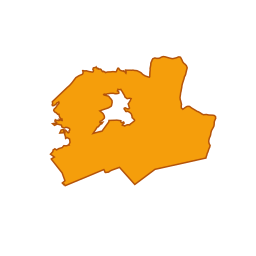 Kafr Al-Dawwar, Al Buhayrah, Egypt (Mercator projection), rotated 230°
{"feature_id": "37247803B13171530844779", "entity_name": "Kafr Al-Dawwar", "entity_type": "district", "adm_level": 2, "iso_a3": "EGY", "parent_name": "Egypt", "parent_adm1": "Al Buhayrah", "projection": "mercator", "projection_center": [30.133, 31.129], "detail": "fine", "context": "isolated", "style": "filled", "palette": "amber", "viewbox_px": 256, "rotation_deg": 230, "n_neighbors": 0, "source": "geoboundaries", "source_scale": "gbopen_adm2", "svg_char_len": 5913}
<svg xmlns="http://www.w3.org/2000/svg" viewBox="0 0 256 256"><g transform="rotate(230 128 128)"><path d="M165.1,191.6L165.0,191.3L164.8,190.9L164.6,190.0L164.0,189.3L163.6,188.2L163.0,187.2L161.7,186.0L159.4,183.2L158.2,182.3L156.8,180.8L153.3,177.6L153.2,176.9L156.7,174.7L157.5,174.4L158.7,174.0L159.6,173.7L160.9,173.6L162.0,173.5L162.8,173.2L166.0,171.8L166.7,171.2L168.1,169.8L168.7,169.4L169.3,168.8L170.1,167.6L170.4,167.4L173.0,164.3L173.8,163.5L173.3,163.3L171.6,162.1L171.3,161.6L172.3,161.6L173.5,161.9L174.6,161.5L174.7,161.1L174.5,160.9L174.8,160.7L175.9,160.0L176.3,159.6L177.3,159.1L179.0,159.1L179.5,159.3L179.9,159.2L180.3,158.8L180.2,158.3L179.7,157.2L179.2,156.3L178.7,155.2L178.8,154.8L180.5,153.1L180.9,152.7L182.2,150.7L183.4,149.2L184.2,148.1L184.8,146.5L185.2,146.6L185.6,146.2L187.1,145.8L187.2,145.0L188.0,144.9L188.6,144.7L190.1,145.0L190.9,144.7L191.0,144.4L191.5,144.1L192.1,143.3L192.7,143.5L193.3,142.6L194.1,142.9L194.8,142.7L195.2,142.8L195.1,142.4L195.5,141.6L196.1,140.6L196.3,140.1L195.9,139.4L195.5,138.8L194.3,138.6L193.5,137.6L193.6,136.7L196.6,134.2L198.6,132.9L199.6,131.5L200.3,130.9L201.0,130.4L201.1,130.2L200.4,129.9L199.8,129.5L199.2,129.1L198.7,128.4L198.5,127.5L199.6,123.9L200.1,120.4L198.7,114.3L198.2,111.1L198.1,109.3L198.1,107.6L196.8,87.5L196.8,87.0L195.4,86.1L195.0,85.9L194.7,85.1L194.5,84.8L194.1,84.6L193.7,84.5L192.8,85.5L192.9,86.3L192.6,86.8L192.6,88.9L192.9,89.4L193.0,89.9L192.5,90.8L192.5,91.7L191.8,91.5L191.2,90.8L191.1,90.0L191.0,89.6L190.9,88.8L190.9,88.3L190.2,86.7L190.2,85.9L190.0,85.6L190.0,83.8L189.9,83.6L189.8,83.3L189.4,82.5L189.2,82.4L188.4,82.2L186.7,82.3L185.8,82.9L184.7,82.9L183.6,83.0L182.9,83.9L182.2,83.4L180.2,82.6L177.8,82.6L177.3,83.2L176.1,82.4L176.8,81.7L177.3,81.5L177.5,81.5L177.9,81.3L178.1,81.3L178.9,80.9L178.0,80.1L178.2,79.7L178.7,79.4L178.9,79.2L179.1,79.1L179.5,78.6L180.2,78.0L180.5,77.7L181.0,77.6L180.6,76.8L180.3,76.5L179.8,76.3L179.7,76.3L178.3,76.9L178.0,76.9L177.9,76.7L177.8,75.7L177.9,75.4L178.2,75.1L178.4,75.1L178.6,75.0L178.7,74.8L178.9,74.6L179.8,73.0L177.2,73.4L176.6,76.1L176.0,76.7L173.0,78.8L171.3,78.0L169.1,79.0L168.9,79.2L168.7,79.8L168.7,80.1L168.6,80.6L167.6,81.7L167.2,81.8L166.7,82.2L166.1,82.5L165.5,82.7L165.0,82.8L164.8,82.6L164.5,82.4L164.2,82.4L163.9,82.1L163.8,81.9L163.7,81.5L163.7,81.1L162.6,80.0L162.8,79.0L166.4,78.8L166.6,78.7L166.8,78.6L166.9,78.4L167.5,77.9L168.2,77.5L169.0,76.7L169.0,76.4L169.4,75.4L168.0,72.5L165.9,75.4L166.8,76.6L165.4,77.1L164.3,75.6L161.1,74.3L160.6,73.7L160.1,73.5L159.9,75.1L158.8,75.6L158.5,75.6L157.2,76.2L154.3,74.4L153.4,72.4L153.4,71.7L153.2,71.9L152.9,71.9L153.5,70.6L153.6,70.1L154.2,69.0L154.5,68.7L155.7,67.5L155.3,65.0L156.7,61.8L157.1,59.2L159.1,58.6L159.1,57.6L159.4,56.8L158.2,55.1L157.8,51.8L153.1,52.9L153.6,49.3L152.6,49.2L136.0,48.7L128.1,45.8L128.1,42.3L125.9,42.4L126.0,42.9L124.2,42.8L111.7,82.8L111.1,82.7L108.9,82.0L108.7,82.0L108.4,82.1L108.2,82.4L106.7,84.8L106.7,85.0L106.5,87.1L105.9,89.1L103.3,96.2L80.4,96.9L79.0,122.1L54.9,168.4L55.7,169.4L56.5,170.8L57.6,172.3L58.3,173.8L60.1,176.7L60.8,178.3L61.9,179.7L63.9,180.1L65.7,181.1L66.8,182.2L68.1,184.0L68.9,185.7L69.6,186.8L71.1,188.5L72.4,190.4L73.8,194.1L74.3,195.1L75.0,195.9L75.9,196.8L77.0,197.8L77.7,198.7L79.1,201.5L79.5,201.6L80.2,202.3L81.4,202.3L82.0,202.2L82.8,201.6L83.1,201.4L84.5,199.9L85.5,198.8L86.3,198.0L87.9,196.8L89.0,195.3L89.7,194.3L91.3,193.6L93.1,193.1L95.3,192.3L96.4,191.6L97.8,191.2L101.8,189.8L103.1,189.4L104.7,189.1L105.2,188.8L106.3,187.5L106.5,187.1L106.7,186.6L106.8,185.9L106.9,185.2L107.1,182.0L108.0,182.0L108.7,181.7L109.8,182.2L110.9,183.2L111.7,184.2L112.6,184.6L113.1,184.9L115.2,185.9L116.1,186.2L117.9,187.4L120.2,190.0L121.1,190.9L122.0,192.2L123.3,193.7L124.4,195.1L125.0,195.7L126.0,196.8L127.4,198.8L129.7,202.5L130.4,203.4L130.7,203.8L131.1,204.3L131.3,205.3L132.1,206.7L133.5,208.5L134.2,209.5L134.6,209.9L134.8,210.3L135.1,210.7L135.8,211.7L136.2,212.1L138.3,212.8L140.3,212.7L141.4,212.4L142.9,212.4L143.8,212.5L145.2,213.0L148.5,213.7L149.8,212.7L150.2,211.8L150.5,210.6L151.0,209.5L152.3,206.9L153.0,206.2L154.7,204.9L158.7,202.2L160.1,200.9L160.8,199.3L161.0,198.2L161.3,196.8L162.9,194.7L164.4,193.6L165.1,191.6ZM147.8,102.9L148.5,104.9L148.1,105.9L148.0,106.1L148.5,108.3L148.5,109.3L148.3,110.1L148.1,110.5L148.6,112.3L149.7,110.0L150.7,110.2L151.1,111.0L150.6,112.1L150.5,112.9L150.6,113.8L150.6,114.7L150.8,116.2L151.5,117.0L152.6,117.6L154.7,118.1L156.2,118.0L158.8,117.5L159.2,117.4L158.2,120.4L156.9,123.6L156.0,125.9L155.5,129.0L155.9,130.0L157.8,132.3L159.3,133.4L161.3,133.6L162.5,133.5L164.1,133.6L165.0,133.5L168.6,130.9L169.3,130.9L169.3,131.3L169.2,131.7L168.2,132.5L167.8,133.1L167.4,134.3L166.7,135.3L166.4,135.9L166.0,136.6L164.1,139.0L162.6,140.1L161.7,141.2L160.9,142.5L160.6,143.4L161.0,143.7L161.4,144.1L162.4,144.0L163.2,143.7L164.1,145.2L163.1,145.7L162.3,147.2L162.1,147.4L161.2,147.0L160.2,147.1L157.2,146.5L156.1,146.4L154.3,145.9L153.6,145.6L151.0,146.2L149.8,148.3L148.5,149.3L147.6,147.4L147.2,146.5L147.0,145.6L146.5,144.4L146.4,143.6L145.3,143.2L143.7,142.5L142.3,142.0L142.2,141.0L142.7,140.2L143.2,139.8L145.2,138.9L145.6,138.0L145.2,137.3L143.5,137.2L142.2,136.9L141.7,137.2L141.3,138.1L140.7,138.6L139.5,139.1L137.9,139.5L137.5,139.5L136.7,139.5L136.1,139.4L135.4,139.0L134.9,138.9L133.2,137.8L132.6,138.0L131.6,138.0L130.9,138.1L130.5,138.3L129.6,138.0L129.4,137.5L129.3,136.4L129.4,135.3L129.4,133.5L129.4,133.3L129.6,132.5L129.5,132.0L129.3,131.5L129.3,131.3L130.4,130.3L131.0,129.4L131.0,129.2L131.3,128.6L131.5,127.6L131.6,126.7L132.3,126.6L132.8,126.0L133.8,125.4L134.2,126.0L134.2,127.6L134.3,128.2L135.2,128.5L135.6,128.3L135.5,127.9L135.9,127.0L136.4,126.4L136.7,126.4L137.6,126.6L138.2,127.2L141.2,124.5L142.7,122.5L143.9,121.0L146.0,118.3L145.0,117.1L142.3,106.1L142.9,104.7L143.1,104.7L146.3,97.7L147.8,102.9Z" fill="#f59e0b" stroke="#b45309" stroke-width="1.5"/></g></svg>